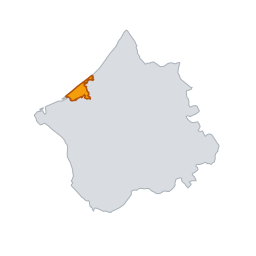 Grands Ponts, Lagunes, Ivory Coast shown in context, rotated 147°
{"feature_id": "98640826B83353125268201", "entity_name": "Grands Ponts", "entity_type": "district", "adm_level": 2, "iso_a3": "CIV", "parent_name": "Ivory Coast", "parent_adm1": "Lagunes", "projection": "albers", "projection_center": [-4.906, 5.455], "detail": "fine", "context": "in_parent", "style": "filled", "palette": "amber", "viewbox_px": 256, "rotation_deg": 147, "n_neighbors": 0, "source": "geoboundaries", "source_scale": "gbopen_adm2", "svg_char_len": 7021}
<svg xmlns="http://www.w3.org/2000/svg" viewBox="0 0 256 256"><g transform="rotate(147 128 128)"><path d="M65.4,59.4L66.2,59.4L68.1,58.8L70.0,57.5L71.6,54.8L73.9,52.6L76.5,52.7L77.2,52.3L78.1,52.3L79.2,53.7L80.3,54.8L81.0,54.9L81.6,57.0L86.2,57.9L88.2,58.5L89.9,60.0L90.5,60.0L91.2,59.7L91.8,59.2L91.9,58.6L91.2,57.2L91.5,56.0L92.2,54.9L93.4,54.8L95.2,54.5L97.3,54.5L98.9,54.7L99.5,53.6L98.9,50.5L99.1,48.8L99.3,47.3L99.9,46.7L102.2,48.5L104.3,49.2L105.8,49.3L106.2,48.9L105.6,46.9L105.8,46.3L106.3,46.0L107.3,45.8L110.0,45.0L110.3,45.1L110.8,48.3L110.6,49.3L111.1,51.4L111.8,53.4L111.8,54.2L111.2,55.4L110.5,56.6L110.6,57.0L111.6,57.8L113.7,58.6L115.8,58.8L117.0,57.6L118.2,56.7L119.1,55.8L119.4,54.6L120.7,53.7L124.6,52.6L128.1,52.4L129.0,52.8L130.6,54.5L132.6,55.7L135.7,55.5L138.0,56.2L139.9,57.6L141.2,60.5L142.6,62.6L143.3,65.7L145.5,67.3L147.3,68.0L149.7,70.2L152.1,71.3L154.7,71.0L155.9,72.2L157.8,73.0L159.7,73.1L161.4,70.5L163.6,69.5L169.2,67.5L171.4,66.6L173.7,66.0L179.1,65.8L184.1,66.4L186.6,66.9L188.3,66.5L189.9,67.7L191.6,70.2L193.0,71.0L194.4,71.9L195.4,73.9L196.7,75.9L197.3,76.8L198.8,78.7L200.1,78.7L201.4,77.9L202.0,77.2L202.2,78.5L201.7,80.6L201.8,81.9L202.5,82.4L202.1,84.1L200.7,86.9L200.7,88.6L202.1,89.1L203.2,90.9L203.8,94.0L204.5,95.0L204.5,95.6L205.6,103.0L207.0,110.4L206.2,111.4L205.0,111.6L204.3,112.0L204.0,112.7L204.5,113.7L204.2,114.6L202.8,115.3L199.7,117.6L199.5,118.6L198.6,120.6L197.9,121.8L196.9,124.1L195.3,130.1L194.7,135.1L194.7,136.6L194.0,137.7L193.3,139.2L189.9,143.5L188.2,147.0L188.4,148.5L188.5,150.0L188.0,151.1L188.1,154.1L188.5,156.6L189.2,159.0L191.6,165.8L192.9,170.0L193.7,173.3L194.5,175.6L195.1,176.5L195.4,177.4L199.1,178.0L199.8,178.5L200.8,182.8L200.6,184.8L199.9,185.6L199.9,187.2L199.8,189.3L199.3,190.1L197.2,190.3L195.8,191.0L194.0,190.7L193.8,190.2L192.8,190.0L190.1,188.9L190.5,185.1L189.2,184.9L188.3,185.4L186.3,190.0L185.4,190.8L171.8,188.5L168.9,186.6L165.3,186.1L159.2,186.4L154.1,186.9L152.6,188.1L165.5,187.4L166.8,187.5L167.5,188.2L151.3,189.7L145.1,190.6L143.2,190.4L141.9,188.9L135.1,188.7L133.8,189.2L132.9,190.3L135.6,190.1L139.7,190.0L140.9,190.8L127.8,191.9L118.7,193.9L114.9,195.4L102.2,200.4L94.5,202.7L92.4,203.6L88.9,206.0L84.4,207.5L79.3,210.4L76.2,211.0L75.5,210.1L75.5,205.2L75.1,198.7L75.2,196.3L75.7,193.9L75.7,192.0L77.2,191.3L77.6,190.4L77.9,187.9L79.3,185.6L79.4,181.6L79.8,180.8L80.1,179.7L79.5,177.1L78.7,172.1L78.4,171.8L78.0,172.0L77.2,172.1L74.0,170.4L71.6,170.1L69.9,168.6L69.8,166.9L68.9,166.0L68.4,164.0L67.5,161.8L65.1,160.5L62.8,160.1L61.2,160.4L59.3,160.3L57.2,159.6L55.7,158.7L54.3,157.1L53.0,155.8L51.9,155.9L50.7,155.6L49.4,155.0L49.0,154.6L54.3,149.5L56.1,147.0L56.3,145.4L56.3,143.9L56.9,142.3L57.1,139.9L54.2,131.0L53.5,128.3L52.7,127.5L52.2,127.2L53.7,126.1L55.7,126.4L58.8,127.3L59.5,126.4L61.8,122.0L61.8,120.3L61.6,119.2L63.0,116.1L64.0,115.0L64.6,113.7L64.5,112.0L63.6,111.3L62.5,111.4L61.3,111.0L59.3,110.0L58.3,109.1L58.6,105.1L58.8,103.8L59.5,103.1L60.6,102.9L63.7,102.8L66.1,103.3L68.3,103.6L69.5,103.6L70.4,104.8L71.7,106.0L72.8,106.0L73.2,105.1L72.9,101.1L72.2,99.0L70.5,97.0L66.2,95.2L66.1,92.8L66.6,90.2L67.5,89.3L70.7,87.6L70.2,86.7L69.2,85.8L67.1,84.8L67.6,81.7L67.7,78.9L66.0,79.2L64.3,79.3L62.8,78.5L61.5,76.8L61.3,72.1L61.4,66.7L61.1,64.3L61.6,63.1L63.1,61.9L64.8,60.4L65.4,59.4ZM192.2,190.8L191.5,191.8L188.1,191.2L188.9,190.3L192.2,190.8Z" fill="#d9dde1" stroke="#a8b0b8" stroke-width="1"/><path d="M144.1,173.0L143.9,172.9L143.8,173.0L143.6,173.1L143.6,173.3L143.6,173.5L143.5,173.9L143.5,174.0L143.3,174.1L143.1,174.3L143.2,174.5L143.1,174.8L143.2,175.1L143.3,175.5L143.5,175.7L143.5,175.9L143.6,176.0L143.8,176.2L143.9,176.4L144.0,176.4L144.0,176.5L143.9,176.7L143.7,176.8L143.8,177.0L143.7,177.0L143.5,177.3L143.4,177.4L143.2,177.5L142.9,177.6L142.6,177.6L142.5,177.8L142.4,177.8L142.4,178.0L142.3,178.3L142.2,178.3L142.1,178.6L141.9,178.8L141.7,178.9L141.7,179.1L141.6,179.3L141.7,179.5L141.8,179.5L142.0,179.7L142.0,179.8L142.0,180.0L142.0,180.4L142.1,180.5L142.2,180.8L142.2,181.1L142.1,181.4L142.0,181.5L141.9,181.6L142.0,181.7L142.0,181.8L141.9,181.9L141.9,182.0L141.8,182.3L141.7,182.5L141.6,182.8L141.5,183.0L141.4,183.2L141.3,183.5L141.3,183.8L141.2,183.9L141.1,184.1L141.1,184.3L141.1,184.5L140.9,184.6L141.0,184.6L140.9,184.8L140.8,185.0L141.0,185.2L140.9,185.3L141.0,185.4L141.0,185.5L140.9,185.6L140.8,185.8L140.7,185.8L140.8,185.9L140.8,186.0L141.6,187.0L141.6,187.4L141.4,187.5L141.2,187.8L141.0,188.0L140.8,188.1L140.7,188.1L140.7,189.2L139.7,189.7L138.9,189.2L139.0,188.8L139.1,188.7L139.2,188.4L139.2,188.2L138.2,188.1L137.6,188.2L137.6,188.4L137.6,188.5L137.4,188.6L137.5,188.8L136.4,189.6L135.1,189.6L134.5,190.1L132.9,188.6L132.7,188.5L132.5,188.4L132.2,188.4L132.0,188.5L131.9,188.5L131.9,188.3L132.0,188.2L132.1,187.7L132.0,187.4L131.7,187.3L131.5,187.2L131.4,187.1L131.2,187.2L131.2,187.4L131.2,187.5L131.0,187.4L130.8,187.4L130.5,187.4L130.4,187.6L130.5,187.7L130.6,188.0L130.6,188.3L130.6,188.5L130.5,188.9L130.4,189.0L130.5,189.1L130.3,189.2L130.2,189.3L130.1,189.5L129.8,189.5L129.6,189.5L129.5,189.8L129.4,190.2L129.5,190.3L129.4,190.4L129.5,190.5L129.4,190.7L129.5,190.7L129.4,190.8L129.3,191.0L129.4,191.3L129.5,191.4L129.6,191.5L129.8,191.8L131.1,191.7L131.5,191.6L132.5,191.5L132.9,191.4L133.4,191.4L134.0,191.3L135.0,191.2L135.5,191.2L136.2,191.1L137.5,191.1L137.8,191.0L139.2,190.9L139.4,190.9L140.2,190.9L140.3,190.9L140.9,190.9L142.3,190.7L142.5,190.8L142.8,190.7L143.4,190.7L143.5,190.7L144.7,190.6L144.9,190.6L145.5,190.5L145.9,190.5L146.1,190.5L146.5,190.5L146.9,190.4L147.9,190.3L148.6,190.3L149.7,190.1L150.0,190.0L150.3,190.0L151.0,189.9L151.3,189.9L151.5,189.9L153.2,189.6L154.5,189.4L156.2,189.2L156.8,189.2L157.9,189.1L158.1,189.0L159.2,188.9L159.7,188.8L160.1,188.8L160.6,188.8L161.4,188.7L162.9,188.5L162.6,186.9L161.3,187.0L160.8,186.2L160.5,184.0L160.2,183.8L160.2,183.7L160.3,183.5L160.3,183.3L160.5,183.2L160.8,183.2L160.9,182.9L161.0,182.9L161.1,182.5L161.0,182.4L160.9,182.3L160.7,182.4L160.7,182.0L160.6,181.9L160.6,181.7L159.9,181.3L159.7,181.1L159.4,181.0L159.1,180.9L158.8,180.7L158.7,180.6L158.4,180.5L158.2,180.5L157.8,180.5L157.7,180.6L157.5,180.4L157.5,180.5L157.4,180.5L157.3,180.4L157.2,180.5L156.9,180.4L156.7,180.3L156.3,180.3L156.2,180.2L156.1,180.3L156.0,180.2L155.9,180.3L155.9,180.2L155.8,180.3L155.7,180.2L155.4,180.1L155.2,180.1L154.8,180.0L154.6,180.0L154.3,180.3L154.2,180.3L153.6,180.2L153.4,180.1L153.2,180.1L149.9,179.7L150.2,178.7L149.9,178.7L149.7,178.7L149.2,178.8L148.9,179.0L148.6,179.1L148.4,179.2L146.7,179.6L146.8,179.3L146.7,179.2L146.6,178.9L146.4,178.7L146.3,178.4L146.2,178.3L146.2,178.2L146.4,178.2L146.5,178.2L146.5,178.3L146.8,178.1L147.0,177.8L147.1,177.6L147.4,177.4L147.6,177.3L147.7,177.2L147.9,176.9L147.9,176.7L147.6,176.2L147.3,176.0L147.2,175.9L147.0,175.6L146.9,175.3L146.9,175.1L146.7,174.9L146.6,174.7L145.9,174.5L145.7,174.6L145.2,174.3L144.7,174.3L144.7,174.2L144.3,173.9L144.4,173.7L144.3,173.4L144.2,173.2L144.1,173.0Z" fill="#f59e0b" stroke="#b45309" stroke-width="1.5"/></g></svg>